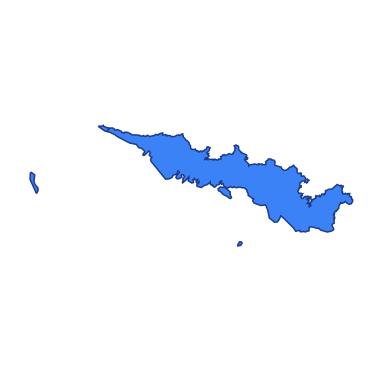 Macuata, Northern, Fiji, rotated 227°
{"feature_id": "14151628B42533076410957", "entity_name": "Macuata", "entity_type": "district", "adm_level": 2, "iso_a3": "FJI", "parent_name": "Fiji", "parent_adm1": "Northern", "projection": "robinson", "projection_center": [179.331, -16.232], "detail": "fine", "context": "isolated", "style": "filled", "palette": "blue", "viewbox_px": 384, "rotation_deg": 227, "n_neighbors": 0, "source": "geoboundaries", "source_scale": "gbopen_adm2", "svg_char_len": 6082}
<svg xmlns="http://www.w3.org/2000/svg" viewBox="0 0 384 384"><g transform="rotate(227 192 192)"><path d="M95.3,305.6L95.1,304.6L98.5,303.3L98.7,296.5L101.0,293.4L101.2,291.8L102.0,290.6L99.9,288.5L100.7,287.6L99.9,287.1L100.4,286.8L100.4,286.1L101.9,285.8L101.4,283.5L102.6,282.9L102.5,282.3L101.9,282.2L102.9,281.7L103.8,280.5L104.8,280.2L104.3,279.2L103.6,279.2L103.3,278.2L103.7,276.4L103.4,275.9L105.1,274.5L103.6,273.5L104.1,273.2L103.5,272.2L103.8,270.9L103.2,271.1L100.8,269.4L101.1,267.6L103.4,269.6L105.2,268.4L105.4,270.5L105.9,271.7L108.2,270.9L108.3,272.4L106.4,273.4L107.1,275.7L107.6,275.5L107.5,273.9L109.1,274.4L110.4,273.4L110.0,272.3L110.4,271.7L111.5,271.9L111.9,270.9L111.7,268.7L112.2,267.9L114.7,268.3L114.9,269.0L114.1,269.7L114.3,270.5L115.2,270.7L115.3,271.6L116.0,270.6L116.8,270.9L118.3,269.2L120.6,270.0L120.5,270.9L121.2,271.3L121.4,273.3L122.0,273.4L121.5,274.2L122.1,274.1L121.3,274.7L121.3,275.3L121.9,275.3L122.2,276.0L122.8,275.0L124.6,276.4L125.0,278.7L124.5,280.7L123.6,281.6L123.3,282.7L122.2,281.0L121.3,282.1L120.3,282.1L120.3,283.3L121.0,284.3L120.8,285.6L122.6,285.2L124.0,284.0L125.1,284.5L127.6,284.8L128.4,283.1L129.4,282.9L130.2,283.9L130.6,283.7L131.1,284.7L131.9,284.4L132.9,282.6L133.8,282.2L135.5,282.8L136.7,284.4L137.9,284.7L140.0,284.3L142.2,284.6L142.5,284.3L142.3,282.7L142.8,281.5L142.7,281.0L143.5,280.6L143.5,279.3L143.1,278.3L143.6,277.6L143.7,275.8L145.1,274.0L147.4,273.5L149.4,274.2L154.6,271.0L155.9,271.4L157.7,273.6L159.6,273.6L161.1,272.2L162.1,272.3L163.8,270.8L164.1,270.1L163.5,269.4L164.0,267.5L163.8,266.3L162.4,265.7L161.7,264.6L163.9,262.3L164.8,262.3L165.7,260.8L167.3,260.1L167.3,259.3L166.8,258.8L169.7,257.0L172.4,252.7L172.4,251.2L173.7,252.5L179.8,252.4L180.0,253.7L179.1,253.5L178.3,254.7L178.4,255.3L179.0,256.0L180.9,255.0L181.0,256.7L182.0,257.2L186.4,255.2L186.9,255.5L187.4,254.7L188.7,255.2L190.7,254.9L193.8,257.2L196.4,256.2L197.0,254.3L194.2,253.5L194.3,253.1L192.8,251.0L192.5,248.5L191.7,248.0L193.1,246.1L194.7,245.5L195.7,241.4L197.0,241.4L198.2,239.6L197.7,238.3L198.4,237.1L196.5,236.1L196.3,235.3L198.0,234.2L197.7,232.4L200.3,231.2L200.8,230.6L200.2,230.5L201.5,229.0L202.2,229.1L203.1,227.8L204.0,227.3L204.2,226.5L205.1,226.5L205.4,225.9L205.0,225.4L206.5,224.6L207.1,223.4L207.8,224.3L207.4,224.8L207.5,225.7L206.5,226.2L206.7,229.0L206.9,229.3L209.1,229.1L208.5,231.2L209.4,229.6L210.8,229.6L210.6,232.6L212.0,235.4L214.4,234.4L214.5,233.4L213.6,231.4L214.2,229.5L213.8,229.0L214.6,228.0L214.6,226.6L215.3,226.9L216.3,226.0L216.7,224.0L218.3,224.4L219.0,223.2L221.2,223.7L221.9,222.0L224.3,220.6L227.2,222.6L228.5,222.5L230.0,223.4L233.0,223.5L234.4,222.8L236.4,223.4L237.3,223.1L238.5,223.3L239.0,224.0L239.9,224.0L240.9,224.9L241.4,223.9L241.6,221.6L242.8,221.3L242.9,220.7L243.9,219.8L244.2,217.8L245.1,216.1L246.0,215.6L246.1,214.7L247.9,214.6L249.3,213.5L249.6,212.7L250.3,212.6L250.4,211.8L251.4,212.1L252.1,211.7L253.4,209.5L255.3,210.9L256.9,207.4L256.8,205.9L257.8,205.6L259.0,204.5L259.1,202.9L261.4,199.0L264.0,198.1L263.9,196.5L265.0,195.8L265.5,194.8L266.3,195.0L267.4,193.0L270.2,191.7L274.4,187.3L277.3,186.5L280.2,185.1L281.4,183.9L281.5,182.3L282.4,182.4L283.2,181.3L284.6,181.7L288.2,180.2L288.8,179.6L288.9,178.7L290.1,177.9L290.6,178.3L293.1,177.5L294.7,175.6L294.7,171.0L293.5,171.3L292.2,172.5L286.3,174.7L283.1,175.3L270.4,179.8L264.6,183.8L261.7,183.3L260.1,183.5L258.7,184.9L254.0,185.2L253.5,184.3L253.2,182.0L252.0,181.3L251.3,182.4L251.3,188.6L249.0,188.2L248.5,186.1L248.2,185.9L245.8,185.8L244.9,186.5L244.0,183.8L242.5,183.0L219.5,181.4L217.5,183.8L216.2,187.2L217.0,189.2L216.9,190.5L215.6,192.5L215.7,193.8L217.1,196.0L216.9,196.4L214.8,196.2L214.5,191.8L213.5,190.1L211.8,190.1L210.5,191.7L209.8,194.8L211.6,195.5L211.6,196.4L210.7,197.3L208.4,197.1L207.7,193.9L206.6,193.6L205.7,191.7L205.1,191.4L204.8,195.6L205.4,200.1L203.9,198.8L203.9,197.7L202.6,196.9L198.6,198.0L197.9,199.6L200.2,201.0L200.3,202.9L198.8,202.3L197.3,204.6L196.6,201.8L194.9,201.8L195.1,204.5L194.3,204.1L193.9,202.7L194.3,200.9L193.2,199.7L192.2,199.8L188.9,202.0L188.4,205.4L187.2,207.8L186.8,209.9L187.0,212.2L184.9,210.7L183.8,210.9L183.0,212.0L181.6,211.2L180.1,211.8L179.8,213.4L180.3,214.6L179.0,217.0L180.4,219.4L180.4,221.0L179.4,221.0L179.2,219.2L178.3,218.7L177.3,219.0L177.1,220.5L175.2,219.6L173.0,219.6L170.3,221.3L169.9,223.9L168.4,224.0L167.2,225.1L167.4,226.1L165.0,227.2L162.9,230.5L161.3,231.2L159.4,233.1L155.9,233.5L154.6,232.4L153.0,232.2L151.1,230.7L147.7,231.7L146.3,231.6L145.6,232.5L144.7,232.2L144.9,231.6L143.9,230.2L141.4,229.9L135.2,233.1L132.4,237.0L127.4,235.2L120.2,230.8L113.5,231.8L111.8,234.2L112.6,237.5L114.1,240.6L110.4,241.2L96.1,241.7L92.6,241.0L90.8,244.2L89.0,244.1L86.7,246.9L85.3,247.8L85.1,248.9L83.8,251.1L86.3,253.6L85.3,255.2L83.9,256.5L80.7,258.3L79.2,259.8L76.2,260.2L70.4,263.7L68.3,267.4L67.8,269.8L68.9,270.8L71.2,271.2L72.5,272.0L72.7,273.7L72.2,274.6L74.9,277.1L75.1,277.8L75.5,277.4L76.3,277.9L76.1,279.0L78.1,280.1L78.8,279.8L79.1,280.4L78.6,280.6L78.7,281.2L79.1,281.8L79.8,281.8L80.1,282.9L79.5,284.3L80.2,284.7L79.7,285.4L80.0,288.2L81.9,290.3L82.0,291.4L82.9,293.5L82.8,293.8L82.0,293.5L81.1,294.6L80.5,296.2L80.5,297.8L78.1,297.8L75.7,298.6L74.8,300.6L75.7,303.3L76.9,304.2L77.7,303.8L78.8,304.8L79.7,304.7L79.9,305.2L81.8,304.5L82.8,305.0L83.3,306.3L84.5,305.0L84.5,304.0L86.5,303.3L86.4,302.3L87.5,301.0L89.1,302.0L89.5,301.7L89.9,302.4L91.4,302.8L91.9,304.3L93.2,304.8L92.6,305.4L92.9,306.6L93.4,306.6L93.6,305.9L95.3,305.6ZM176.4,213.0L174.7,212.2L173.3,213.1L169.1,213.1L164.7,214.7L161.7,215.1L160.9,215.9L161.0,217.1L164.0,218.1L165.9,219.9L172.5,219.4L176.4,216.1L176.4,213.0ZM311.6,82.1L297.5,77.4L297.0,78.0L298.2,80.6L300.1,82.1L304.7,82.3L307.6,83.7L311.7,88.6L315.9,87.9L316.2,87.0L315.0,85.5L311.6,82.1ZM303.4,168.3L295.9,169.9L294.7,171.0L294.7,175.6L297.4,173.4L300.6,172.2L301.3,172.5L301.7,170.6L303.6,169.1L303.4,168.3ZM122.0,194.0L123.1,192.9L123.1,192.4L122.7,191.9L122.5,189.9L121.3,188.7L119.7,191.3L120.5,193.9L122.0,194.0Z" fill="#3b82f6" stroke="#1e3a8a" stroke-width="1.5"/></g></svg>